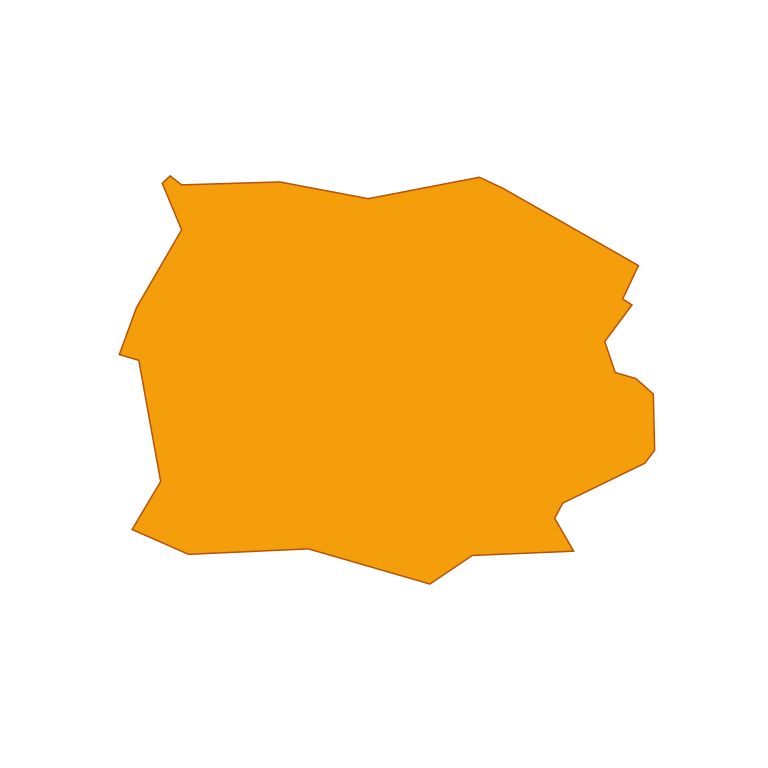 Ayod, Jonglei, South Sudan (orthographic projection), rotated 20°
{"feature_id": "79223893B14285446390064", "entity_name": "Ayod", "entity_type": "district", "adm_level": 2, "iso_a3": "SSD", "parent_name": "South Sudan", "parent_adm1": "Jonglei", "projection": "orthographic", "projection_center": [30.968, 8.272], "detail": "fine", "context": "isolated", "style": "filled", "palette": "amber", "viewbox_px": 768, "rotation_deg": 20, "n_neighbors": 0, "source": "geoboundaries", "source_scale": "gbopen_adm2", "svg_char_len": 566}
<svg xmlns="http://www.w3.org/2000/svg" viewBox="0 0 768 768"><g transform="rotate(20 384 384)"><path d="M197.1,606.9L258.6,610.9L369.3,564.8L495.5,556.3L525.5,515.0L619.4,476.2L590.3,451.8L592.7,434.8L656.2,369.2L661.0,353.7L640.5,301.3L618.9,292.8L597.3,294.1L576.9,268.6L590.0,224.9L579.2,222.5L582.6,185.7L429.2,159.5L402.9,157.1L305.7,215.3L216.9,229.8L125.7,266.1L111.9,261.6L107.0,271.2L134.8,301.5L141.1,308.3L125.3,396.9L125.2,446.9L145.5,445.6L176.7,499.2L207.5,552.0L199.8,592.3L197.1,606.9Z" fill="#f59e0b" stroke="#b45309" stroke-width="1.5"/></g></svg>